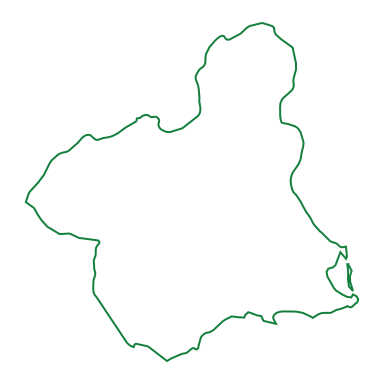 map outline of Murcia (Robinson projection)
{"feature_id": "ESP-5836", "entity_name": "Murcia", "entity_type": "Autonomous Community", "adm_level": 1, "iso_a3": "ESP", "parent_name": "Spain", "parent_adm1": "", "projection": "robinson", "projection_center": [-1.387, 38.068], "detail": "fine", "context": "isolated", "style": "outline", "palette": "green", "viewbox_px": 384, "rotation_deg": 0, "n_neighbors": 0, "source": "natural_earth", "source_scale": "10m", "svg_char_len": 3597}
<svg xmlns="http://www.w3.org/2000/svg" viewBox="0 0 384 384"><path d="M346.0,246.6L346.9,256.4L346.0,258.8L340.4,252.2L335.5,265.2L332.8,267.4L328.3,268.7L326.6,272.0L327.4,276.6L334.0,288.2L336.1,290.6L342.6,294.7L347.3,296.9L351.3,297.4L353.0,294.4L356.8,296.5L358.2,299.4L357.3,302.3L354.4,304.5L352.8,306.2L351.0,307.2L349.2,307.2L347.4,306.0L345.4,307.2L339.8,309.2L336.5,309.9L330.7,312.9L323.1,312.9L320.5,313.4L317.7,314.7L312.7,317.9L311.0,316.7L302.9,312.9L296.2,311.6L283.3,311.4L279.6,311.8L276.5,312.9L274.2,314.8L273.1,317.2L273.7,319.5L276.0,323.8L269.6,322.3L263.5,320.9L262.2,318.1L261.2,316.0L256.9,315.3L250.9,313.0L248.2,312.2L245.1,315.2L244.3,317.5L238.6,317.3L231.7,316.4L225.7,319.4L222.5,321.5L213.4,330.1L210.0,332.1L206.0,333.0L204.9,333.5L203.3,334.6L201.8,336.1L201.1,337.2L200.6,338.4L198.4,346.5L198.2,348.1L196.5,349.5L195.3,349.1L194.2,348.2L192.8,348.1L191.0,349.2L187.0,352.6L185.1,353.3L182.1,353.8L171.7,358.2L167.0,361.0L148.6,346.8L146.7,346.1L136.3,343.8L135.3,344.0L134.4,344.9L134.1,346.1L133.7,347.1L132.6,346.7L131.0,346.1L129.5,345.1L127.0,342.8L96.8,297.5L95.0,295.3L94.1,293.8L93.4,291.3L93.2,287.2L93.4,285.3L93.4,281.3L93.7,279.5L94.6,277.0L95.3,273.7L95.1,272.1L94.3,269.5L93.8,260.8L94.1,259.3L95.6,255.5L95.7,253.9L95.8,249.5L96.1,247.7L97.0,246.0L99.3,243.0L99.3,241.6L97.9,240.4L78.8,237.9L71.6,234.4L69.0,233.5L59.6,234.1L51.9,229.4L47.3,226.7L41.4,220.1L37.3,214.0L34.6,209.0L34.5,208.7L34.4,208.5L32.8,207.1L25.8,202.1L28.8,193.3L29.9,191.6L37.6,183.2L43.8,175.1L49.5,163.6L51.6,160.4L57.6,155.0L60.1,153.5L62.4,152.7L66.4,151.9L68.8,150.7L77.4,143.2L82.7,137.2L86.0,135.2L88.2,134.8L89.9,135.0L91.4,136.0L94.9,139.2L96.1,139.8L97.7,139.9L103.1,138.1L109.6,137.0L112.8,135.9L117.8,133.3L125.5,127.6L136.1,121.5L136.7,120.1L136.7,118.8L137.0,118.3L137.9,118.3L140.5,117.7L141.8,116.3L143.3,115.6L145.2,115.0L146.7,115.0L148.1,115.3L150.4,116.7L151.6,117.2L154.9,116.7L156.3,116.9L157.3,117.5L158.2,118.4L158.9,119.4L159.1,120.6L159.1,121.9L158.6,123.1L158.4,124.5L158.7,125.8L159.1,127.0L159.9,128.2L160.8,129.2L162.0,130.0L164.6,131.2L166.3,131.8L168.3,132.1L170.3,132.0L182.3,128.3L197.0,116.8L198.9,114.8L199.8,113.1L200.2,111.2L200.4,109.3L200.3,107.4L199.3,101.4L199.4,97.3L198.8,89.6L198.1,85.6L197.0,82.3L196.3,80.8L195.9,79.8L195.7,78.4L195.6,77.0L196.0,75.6L196.5,74.3L199.0,70.1L200.8,68.4L203.1,66.8L204.3,65.2L205.2,63.5L205.5,59.8L205.4,57.9L206.0,54.1L209.4,47.2L215.6,40.1L219.1,37.1L222.0,35.7L223.6,36.0L224.7,37.2L225.7,38.7L227.3,39.7L229.5,39.6L240.8,33.5L246.0,28.5L247.9,27.0L249.9,26.0L261.8,23.0L263.8,23.4L271.1,25.7L272.8,26.5L274.0,27.8L274.3,29.5L274.4,31.3L275.0,33.0L275.8,34.5L281.3,39.4L292.6,47.5L296.0,63.3L296.0,69.7L294.1,76.5L293.3,80.3L293.8,86.0L293.2,87.9L292.3,89.7L290.9,91.2L283.2,98.0L281.9,99.8L280.6,102.5L280.1,106.3L280.2,116.4L280.8,120.2L281.7,122.6L283.4,123.2L287.3,123.8L294.8,126.2L297.3,127.8L298.3,128.7L300.5,132.1L303.5,142.0L303.4,145.0L302.6,149.1L302.0,150.9L300.7,158.7L300.1,160.6L298.6,164.1L292.7,172.6L291.6,175.3L290.6,179.9L291.0,184.7L292.1,189.2L293.2,191.8L294.6,193.4L295.9,194.6L296.7,195.7L300.9,202.1L304.2,208.5L304.3,208.6L306.5,212.5L307.9,214.2L310.7,218.4L313.0,223.1L314.3,225.0L319.9,231.3L321.5,232.5L330.1,241.1L331.8,242.0L335.4,243.0L337.1,244.0L338.6,245.3L339.7,246.4L340.6,247.0L342.1,247.3L345.9,246.6L346.0,246.6ZM351.7,270.7L349.9,276.2L350.2,281.9L353.0,291.0L348.9,286.5L348.0,279.2L348.1,271.1L347.3,264.2L348.3,264.0L348.5,264.5L348.5,265.1L348.8,265.7L349.5,266.7L350.7,269.3L351.7,270.7Z" fill="none" stroke="#15803d" stroke-width="2"/></svg>